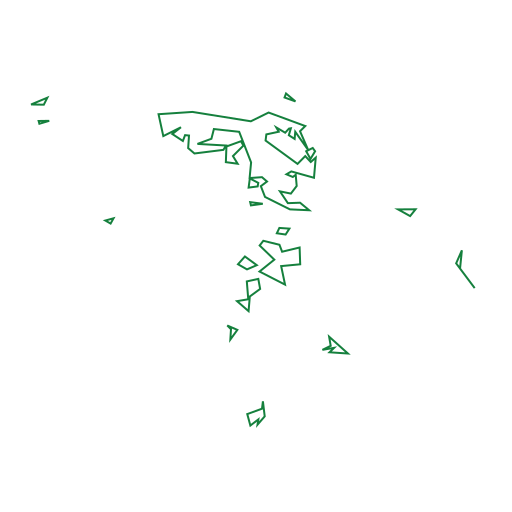 outline of Dahlak, Semenawi Keyih Bahri, Eritrea, rotated 177°
{"feature_id": "51966322B75113483561318", "entity_name": "Dahlak", "entity_type": "district", "adm_level": 2, "iso_a3": "ERI", "parent_name": "Eritrea", "parent_adm1": "Semenawi Keyih Bahri", "projection": "mercator", "projection_center": [40.14, 15.965], "detail": "medium", "context": "isolated", "style": "outline", "palette": "green", "viewbox_px": 512, "rotation_deg": 177, "n_neighbors": 0, "source": "geoboundaries", "source_scale": "gbopen_adm2", "svg_char_len": 1959}
<svg xmlns="http://www.w3.org/2000/svg" viewBox="0 0 512 512"><g transform="rotate(177 256 256)"><path d="M209.7,345.8L240.4,370.8L239.3,376.9L226.8,378.9L229.0,383.3L220.4,377.6L216.4,381.5L214.5,381.7L216.9,374.9L211.3,370.9L210.3,378.0L198.3,359.0L205.5,378.3L200.0,383.2L235.9,398.6L254.1,390.8L311.9,403.2L345.9,402.7L342.3,380.6L324.2,388.5L333.2,382.2L323.0,374.7L320.5,380.4L316.6,379.8L318.1,367.3L312.1,361.6L283.0,363.7L280.2,367.9L308.6,371.0L294.4,375.4L291.4,385.0L266.3,380.9L256.0,349.7L258.3,334.2L245.9,334.4L241.1,329.8L247.5,325.5L243.9,314.5L219.7,300.8L200.5,298.9L209.2,306.9L221.4,307.1L228.7,319.3L217.9,316.5L211.7,323.8L212.1,335.0L215.1,333.0L221.3,336.0L216.3,338.6L194.0,331.1L191.2,351.1L196.4,347.0L201.6,353.2L209.7,345.8ZM253.3,240.3L228.5,225.9L231.4,244.6L212.3,245.4L212.0,262.2L229.7,258.9L232.0,266.0L247.9,270.8L251.8,266.3L237.9,251.4L253.3,240.3ZM277.3,211.9L266.3,201.3L264.3,215.9L253.6,222.9L254.9,233.0L266.5,231.1L266.0,213.2L277.3,211.9ZM281.2,351.3L269.5,349.1L273.8,357.0L262.8,366.9L265.0,371.4L279.8,366.9L281.2,351.3ZM263.3,87.5L255.7,95.4L256.7,110.5L258.0,103.2L273.0,98.6L270.5,87.0L262.2,92.7L263.3,87.5ZM187.6,156.0L169.3,153.8L187.2,171.6L186.1,162.4L194.6,158.8L182.8,160.2L187.6,156.0ZM56.5,238.2L39.3,212.5L52.9,232.8L50.1,250.9L56.5,238.2ZM265.7,243.1L255.7,246.8L267.1,256.1L274.4,248.7L265.7,243.1ZM111.7,295.1L100.0,287.8L94.2,294.3L111.7,295.1ZM472.7,419.1L460.0,418.2L456.1,425.0L472.7,419.1ZM286.0,173.9L278.5,183.2L288.3,188.1L284.8,184.2L286.0,173.9ZM259.8,324.7L250.7,325.4L249.9,328.9L258.1,333.8L259.8,324.7ZM234.0,277.6L225.3,275.9L221.2,281.6L231.2,282.8L234.0,277.6ZM258.4,306.8L246.5,307.8L259.0,310.1L258.4,306.8ZM396.3,301.1L404.6,299.3L399.5,296.0L396.3,301.1ZM219.2,412.8L208.5,408.3L217.5,416.7L219.2,412.8ZM196.5,350.1L191.5,357.5L193.7,360.9L200.4,358.0L196.5,350.1ZM465.4,399.4L455.4,401.8L466.0,402.2L465.4,399.4Z" fill="none" stroke="#15803d" stroke-width="2"/></g></svg>